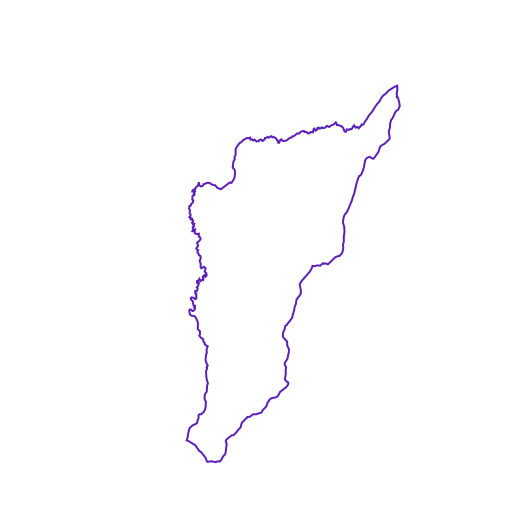 Cañasgordas, Antioquia, Colombia (Equal Earth projection), rotated 21°
{"feature_id": "7082276B88320735192302", "entity_name": "Cañasgordas", "entity_type": "district", "adm_level": 2, "iso_a3": "COL", "parent_name": "Colombia", "parent_adm1": "Antioquia", "projection": "equal_earth", "projection_center": [-76.052, 6.813], "detail": "fine", "context": "isolated", "style": "outline", "palette": "violet", "viewbox_px": 512, "rotation_deg": 21, "n_neighbors": 0, "source": "geoboundaries", "source_scale": "gbopen_adm2", "svg_char_len": 6126}
<svg xmlns="http://www.w3.org/2000/svg" viewBox="0 0 512 512"><g transform="rotate(21 256 256)"><path d="M181.4,207.7L181.1,209.6L179.8,210.8L178.5,210.5L177.3,210.8L177.1,208.9L176.7,208.3L176.3,208.4L176.4,211.3L175.2,213.7L175.3,215.9L173.9,216.3L173.3,217.7L173.4,218.5L175.5,217.5L176.0,217.7L175.4,219.8L176.7,220.6L176.6,221.3L175.6,222.0L175.2,222.7L176.3,226.2L177.5,226.5L177.8,228.2L177.7,229.1L176.9,230.5L177.0,232.3L175.9,233.0L176.5,235.7L178.0,237.1L178.6,239.6L180.2,240.9L180.3,242.6L179.8,243.2L179.9,243.6L181.0,243.5L181.5,244.9L182.2,245.2L182.6,245.1L182.8,244.1L183.1,244.1L183.7,245.1L184.8,245.7L184.4,247.8L184.8,248.3L185.4,248.5L186.3,247.9L186.9,248.1L186.1,249.3L187.5,250.3L186.6,251.8L187.6,252.6L187.7,255.7L188.1,255.6L188.8,253.9L189.6,253.2L189.8,254.6L190.8,256.8L192.8,256.7L194.7,255.7L195.5,258.3L196.8,258.4L198.1,259.8L198.2,260.5L197.4,262.7L196.2,264.9L198.3,267.1L198.3,267.8L197.7,269.1L197.7,270.7L200.0,271.4L199.7,272.6L200.1,273.7L201.6,274.4L202.5,275.8L203.9,275.8L204.6,276.6L205.2,278.2L205.2,280.9L207.2,283.1L207.9,285.4L208.7,286.6L209.2,287.0L209.8,286.7L211.2,284.7L213.4,285.6L213.7,289.0L215.7,289.8L216.9,291.8L216.7,292.8L216.0,293.7L215.5,293.6L214.9,292.2L213.9,293.8L213.8,294.6L215.3,296.5L215.3,297.5L214.2,297.5L213.4,299.1L211.3,297.6L211.1,299.2L209.9,300.6L210.7,302.3L211.1,302.2L211.9,301.0L212.4,301.6L212.7,304.8L212.0,306.4L212.8,306.8L213.3,307.6L213.5,309.4L212.0,310.3L211.8,310.9L212.5,312.2L213.6,312.3L213.5,313.5L214.5,314.1L214.7,315.6L215.5,316.6L215.3,317.4L214.6,318.1L212.8,317.4L210.8,317.7L210.2,318.5L211.2,320.2L212.9,320.6L215.5,324.7L216.9,324.3L217.3,325.0L216.8,326.4L217.9,326.9L217.8,328.6L216.9,330.0L216.2,330.1L214.8,329.4L213.3,329.7L213.2,330.3L213.7,331.7L215.0,333.9L216.1,334.6L217.5,334.8L219.4,334.2L221.1,334.5L223.8,336.9L225.8,339.3L227.8,345.1L230.8,346.5L231.7,349.3L231.6,350.7L234.2,352.2L236.4,352.5L237.7,354.9L239.3,355.6L239.9,356.8L241.2,357.4L243.2,357.5L243.4,361.3L244.8,364.2L244.7,366.5L245.1,367.1L246.2,371.3L248.1,373.7L250.1,375.4L249.7,377.3L250.3,377.5L250.7,379.4L250.5,380.9L250.9,382.1L253.7,388.1L256.7,392.1L256.9,394.9L258.6,400.2L257.9,403.3L258.2,405.1L259.3,407.9L261.6,410.2L263.3,416.1L263.4,417.7L263.0,420.7L261.9,422.2L261.8,423.3L260.0,424.0L259.4,425.1L259.5,425.8L260.2,427.0L260.5,428.7L260.4,430.9L260.8,432.2L260.7,433.5L257.5,436.8L255.6,440.6L256.3,446.1L257.2,450.0L257.3,453.0L259.6,453.0L267.3,454.5L272.9,458.4L274.9,458.7L280.1,461.7L281.7,462.9L283.6,465.2L284.4,465.6L288.1,463.5L289.9,463.4L291.7,462.8L292.4,462.9L293.5,461.6L295.8,460.8L296.7,458.4L297.0,456.0L297.3,454.2L298.1,452.5L298.2,450.9L296.3,443.1L295.6,441.4L294.1,439.8L294.1,438.2L297.4,432.3L299.2,431.3L300.3,429.1L301.8,424.3L302.8,422.2L303.0,420.4L302.6,418.6L302.7,416.5L304.6,411.8L305.5,410.6L305.6,409.3L307.8,408.4L310.0,404.8L312.8,403.7L317.3,400.0L317.4,397.9L319.6,392.5L319.3,389.4L320.3,384.8L321.6,383.0L325.3,380.8L326.3,379.5L326.8,377.9L327.2,374.2L331.1,367.7L332.0,364.9L331.8,363.0L330.9,362.4L329.1,362.1L327.0,360.5L326.1,355.6L324.5,351.6L324.0,349.1L321.8,347.2L321.4,346.3L321.2,344.7L322.2,341.1L321.1,334.0L320.1,331.1L317.2,328.4L315.7,324.7L311.0,322.4L309.8,321.3L309.1,319.2L308.7,316.9L309.0,314.4L308.4,310.7L309.5,309.3L309.8,307.5L311.1,303.8L311.9,300.3L311.5,298.8L311.1,293.2L310.3,289.5L310.4,286.4L309.4,282.2L311.2,276.3L311.3,274.9L310.1,271.8L307.1,267.1L307.0,265.7L307.4,263.5L311.8,251.4L312.3,248.5L312.5,245.7L312.3,245.0L314.8,244.3L316.7,242.7L319.2,242.2L321.3,238.6L322.2,238.9L324.0,237.9L325.7,238.1L326.2,237.9L330.5,228.7L332.2,227.1L334.0,225.9L335.2,222.7L335.3,221.2L334.6,217.1L333.3,214.7L332.7,210.8L331.0,206.4L330.3,203.0L329.2,199.8L328.5,198.9L328.3,197.7L325.2,193.6L324.4,190.9L323.9,187.8L324.1,185.0L325.0,183.0L325.3,180.9L325.6,169.5L325.2,165.7L325.4,163.3L323.8,151.5L323.5,146.1L323.7,144.2L324.7,143.3L324.9,142.6L325.2,139.8L325.0,134.8L323.7,128.0L323.9,125.9L324.4,124.7L326.4,122.7L330.3,123.3L331.0,122.8L333.0,114.9L332.7,110.4L332.8,109.2L333.8,107.4L335.7,105.3L336.3,104.1L338.4,99.7L338.7,98.1L335.3,92.0L335.1,88.1L333.8,84.6L333.4,80.7L334.1,78.4L334.5,71.8L335.1,70.1L336.3,68.5L336.5,64.6L334.9,61.7L332.4,58.2L331.3,57.0L330.5,57.2L330.3,56.1L329.0,53.6L328.5,50.8L327.3,47.4L326.7,46.4L324.0,49.3L320.4,54.3L319.6,56.6L318.1,59.4L317.3,60.4L316.4,63.1L315.8,67.8L314.9,69.7L313.6,74.5L312.8,79.5L311.1,84.1L310.3,88.9L309.4,91.9L309.3,93.8L308.6,95.3L307.4,95.4L307.4,96.7L306.1,100.0L304.5,99.1L303.0,100.5L300.8,98.9L300.3,100.2L299.9,103.1L299.5,103.6L298.2,103.7L297.5,105.1L295.5,105.1L295.3,106.0L295.5,107.6L294.7,108.1L294.0,108.0L291.7,105.3L290.2,104.7L289.5,104.1L287.1,104.4L285.9,104.1L284.6,104.8L283.1,102.8L282.6,102.6L281.8,104.5L281.0,105.7L279.2,107.4L278.2,109.3L275.7,109.0L275.2,109.6L275.1,110.7L273.7,112.1L272.2,112.6L271.4,112.3L270.4,113.9L269.3,114.5L269.0,114.3L269.1,113.8L268.0,113.8L267.4,114.6L267.7,116.4L266.6,117.6L264.8,116.2L264.4,116.7L264.4,117.6L264.9,119.9L264.3,119.9L264.0,120.5L262.7,120.6L261.4,122.7L260.3,122.9L259.4,122.2L258.8,122.5L257.9,122.2L256.7,122.8L255.9,122.1L254.0,123.2L252.8,124.9L252.4,126.3L250.5,126.8L248.5,130.4L247.0,131.4L246.7,132.6L245.3,133.6L243.0,137.3L240.3,138.9L239.3,138.8L238.3,138.0L237.6,138.1L236.9,139.5L237.1,140.0L236.8,140.5L237.0,141.0L236.8,142.2L236.0,142.2L235.2,140.8L234.5,140.6L232.7,139.1L230.1,138.5L228.8,139.4L227.6,138.6L226.7,139.1L225.7,140.9L224.1,140.6L223.6,141.7L222.1,142.6L222.4,144.1L221.4,145.0L221.1,146.2L220.3,146.3L219.2,145.5L218.5,145.6L217.4,146.6L217.3,147.9L216.5,148.1L215.8,148.8L213.9,148.4L213.1,147.8L211.9,149.2L210.7,148.5L209.1,149.3L208.1,147.6L207.0,148.6L205.1,149.2L202.2,153.0L201.4,155.2L200.3,156.2L199.3,159.4L198.7,163.0L199.1,164.9L200.7,168.5L200.5,171.5L201.5,173.3L201.1,176.1L202.6,181.9L204.5,182.7L205.5,183.7L206.7,185.8L207.1,187.2L207.9,191.4L207.0,196.3L206.5,196.8L205.3,196.7L204.9,197.2L199.3,206.3L195.3,206.2L192.7,204.6L191.2,205.0L188.4,205.0L186.5,204.4L184.0,205.2L182.6,206.9L181.4,207.7Z" fill="none" stroke="#5b21b6" stroke-width="2"/></g></svg>